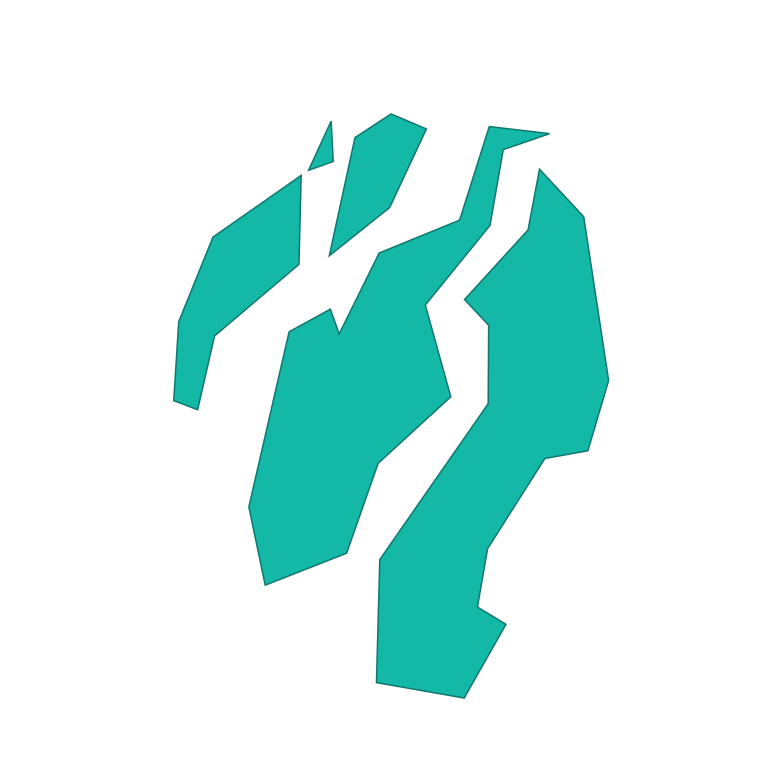 an SVG outline of Zeeland, rotated 287°
{"feature_id": "NLD-903", "entity_name": "Zeeland", "entity_type": "Province", "adm_level": 1, "iso_a3": "NLD", "parent_name": "Netherlands", "parent_adm1": "", "projection": "natural_earth1", "projection_center": [3.94, 51.477], "detail": "coarse", "context": "isolated", "style": "filled", "palette": "teal", "viewbox_px": 768, "rotation_deg": 287, "n_neighbors": 0, "source": "natural_earth", "source_scale": "10m", "svg_char_len": 774}
<svg xmlns="http://www.w3.org/2000/svg" viewBox="0 0 768 768"><g transform="rotate(287 384 384)"><path d="M189.8,570.9L107.1,552.5L96.2,464.1L214.9,431.3L395.6,489.4L470.8,466.9L488.3,436.3L573.4,476.7L634.9,469.9L602.3,526.1L453.0,597.8L379.8,598.5L359.8,559.6L256.8,531.2L198.0,538.6L189.8,570.9ZM671.8,469.1L643.0,429.5L566.7,439.0L471.6,400.4L391.3,451.6L306.5,401.6L211.3,397.7L156.9,329.2L226.9,290.7L406.2,278.0L439.9,310.8L418.8,326.5L507.9,341.1L562.8,408.4L661.0,409.4L671.8,469.1ZM474.5,177.5L559.3,243.8L473.6,267.7L380.4,207.9L304.9,213.3L306.6,187.8L383.5,169.5L474.5,177.5ZM640.3,350.0L554.4,337.8L490.7,294.2L611.2,284.2L644.3,311.8L640.3,350.0ZM620.0,256.6L581.9,270.4L566.4,249.4L620.0,256.6Z" fill="#14b8a6" stroke="#0f766e" stroke-width="1.5"/></g></svg>